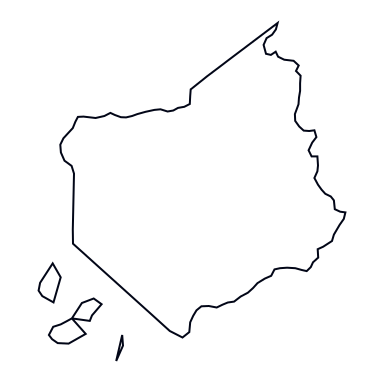 the district of Arauá, Sergipe, Brazil
{"feature_id": "56859067B83486111429480", "entity_name": "Arauá", "entity_type": "district", "adm_level": 2, "iso_a3": "BRA", "parent_name": "Brazil", "parent_adm1": "Sergipe", "projection": "albers", "projection_center": [-37.59, -11.261], "detail": "fine", "context": "isolated", "style": "outline", "palette": "ink", "viewbox_px": 384, "rotation_deg": 0, "n_neighbors": 0, "source": "geoboundaries", "source_scale": "gbopen_adm2", "svg_char_len": 1716}
<svg xmlns="http://www.w3.org/2000/svg" viewBox="0 0 384 384"><path d="M318.2,257.6L317.7,249.2L323.2,246.7L332.0,241.0L333.9,234.6L339.6,224.9L343.8,218.9L345.4,212.4L340.2,211.7L334.8,209.2L333.9,200.4L330.8,196.5L325.3,193.8L321.6,189.7L318.0,184.7L314.4,178.0L317.4,171.3L318.0,165.5L317.4,156.4L311.6,156.4L308.6,150.3L312.2,142.6L316.4,137.1L314.4,130.3L309.2,131.0L303.7,130.6L299.2,126.5L295.2,120.9L294.9,114.1L298.5,104.3L299.0,97.5L300.1,90.9L300.1,83.3L300.6,75.7L296.0,71.0L298.7,65.5L293.6,60.8L284.2,59.7L278.1,56.7L275.7,51.7L270.9,54.9L266.0,53.8L263.6,44.9L266.6,38.1L272.1,34.7L275.9,29.4L277.6,23.0L227.0,61.2L223.1,64.2L207.2,76.2L190.7,89.4L190.2,96.1L189.8,104.0L184.3,106.8L178.0,107.9L173.3,110.5L167.6,111.5L160.5,109.3L154.4,109.9L145.6,111.8L137.3,114.1L132.1,116.0L126.1,117.4L120.9,117.2L114.9,115.0L110.4,112.9L104.4,116.0L95.6,118.0L83.5,116.6L77.9,116.9L75.4,121.7L72.8,128.1L67.8,133.5L63.4,138.3L60.3,144.7L60.9,152.5L64.5,160.7L71.6,165.9L74.0,173.6L72.8,229.6L73.0,243.7L151.6,314.5L169.8,331.0L182.5,337.5L189.3,332.1L190.2,322.3L193.2,315.8L196.5,310.3L201.4,306.3L208.8,306.0L216.7,307.5L222.5,304.7L227.8,302.5L234.1,301.6L240.7,296.5L247.9,292.7L253.0,288.1L257.5,283.1L264.8,278.6L271.2,275.8L274.5,269.4L280.0,268.2L287.1,267.7L295.3,268.2L301.8,270.0L306.7,271.1L310.8,267.1L313.0,262.3L318.2,257.6ZM71.9,318.4L66.2,321.5L60.7,324.4L53.2,326.8L48.9,335.0L52.1,339.2L57.7,343.1L68.6,343.6L85.7,333.9L71.9,318.4ZM53.5,302.4L60.7,277.3L52.7,263.4L40.1,282.8L38.6,290.6L42.3,296.1L53.5,302.4ZM71.9,318.4L89.8,320.9L92.0,315.4L101.6,304.2L93.7,298.5L81.9,303.0L71.9,318.4ZM116.2,361.0L123.0,345.6L122.2,335.0L116.2,361.0Z" fill="none" stroke="#020617" stroke-width="2"/></svg>